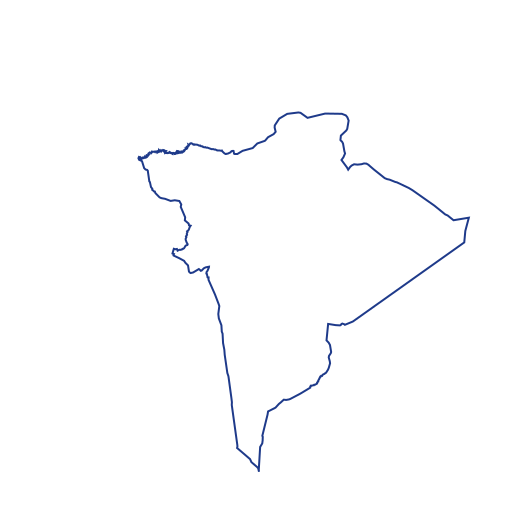 the district of Chipata, Eastern, Zambia, rotated 309°
{"feature_id": "96606910B12043083212801", "entity_name": "Chipata", "entity_type": "district", "adm_level": 2, "iso_a3": "ZMB", "parent_name": "Zambia", "parent_adm1": "Eastern", "projection": "albers", "projection_center": [32.554, -13.744], "detail": "fine", "context": "isolated", "style": "outline", "palette": "blue", "viewbox_px": 512, "rotation_deg": 309, "n_neighbors": 0, "source": "geoboundaries", "source_scale": "gbopen_adm2", "svg_char_len": 6109}
<svg xmlns="http://www.w3.org/2000/svg" viewBox="0 0 512 512"><g transform="rotate(309 256 256)"><path d="M266.0,372.5L397.6,409.3L407.2,402.9L419.7,397.3L408.1,387.0L408.1,379.4L407.4,376.9L407.4,362.9L405.6,336.2L405.0,331.9L401.9,319.1L401.2,317.7L399.4,311.8L398.2,309.4L397.5,307.0L397.4,293.0L397.6,286.4L397.7,286.2L397.3,283.7L395.9,281.7L393.7,280.2L390.9,277.4L389.0,274.5L386.5,273.4L384.5,273.1L381.1,273.3L382.1,270.9L384.4,262.0L387.7,261.8L391.7,260.7L393.0,258.8L398.2,252.8L399.0,250.9L399.1,249.0L399.3,248.6L403.0,246.2L410.4,247.2L412.2,246.9L419.5,242.8L421.3,239.7L421.8,237.3L420.5,233.2L410.2,220.1L395.8,209.1L395.3,200.5L394.2,198.6L386.1,190.8L377.4,187.6L369.3,188.4L367.5,189.7L364.9,193.1L361.8,193.0L355.9,190.6L351.6,190.5L350.9,190.3L344.3,186.2L337.8,185.5L329.3,179.4L323.5,177.3L321.9,175.3L321.7,174.6L323.5,172.4L323.2,171.9L322.1,171.0L320.4,170.9L317.7,169.6L317.2,169.0L316.5,168.6L316.1,168.1L315.9,166.7L316.0,165.3L316.1,164.2L316.5,163.1L315.9,162.8L315.1,161.3L314.1,160.1L313.9,159.6L313.6,159.4L313.2,157.4L312.6,156.8L312.1,155.4L311.1,154.3L309.6,149.9L309.2,149.6L308.8,148.9L308.7,148.1L308.2,147.8L307.4,146.4L307.6,145.5L306.7,144.2L306.8,143.2L306.7,143.0L306.4,143.0L306.0,142.4L305.6,140.5L304.6,138.9L304.4,138.8L304.0,138.2L303.6,138.0L303.7,137.7L303.4,137.6L303.1,136.9L303.3,136.5L303.1,135.8L303.1,135.1L302.8,134.6L301.9,134.3L301.9,134.1L300.9,134.1L300.8,133.8L300.5,133.7L300.3,134.1L299.8,134.2L299.8,133.7L299.5,134.1L298.9,133.9L298.5,134.1L298.2,133.9L298.3,133.7L297.2,133.4L296.9,133.8L297.1,133.9L296.9,134.1L296.7,134.0L296.8,134.2L296.5,134.4L296.8,134.6L296.2,134.8L295.3,134.5L294.7,133.9L294.0,133.9L293.2,133.6L293.1,134.1L292.1,134.2L291.8,134.1L292.0,133.6L291.4,133.6L291.6,133.4L291.0,133.2L290.3,132.2L289.7,132.6L289.7,133.1L289.4,133.0L289.2,132.6L289.4,132.4L289.1,131.9L288.7,132.1L288.5,131.5L288.4,131.7L288.0,131.5L288.2,131.2L287.8,131.2L287.3,130.9L287.6,130.7L287.4,130.6L287.7,130.2L288.1,130.4L288.4,130.2L288.6,129.7L287.9,128.5L287.4,128.6L287.4,128.8L287.2,129.0L286.9,128.9L287.0,129.5L286.5,129.7L286.3,129.3L286.0,129.5L285.9,129.3L286.3,128.8L286.0,128.8L286.0,129.1L285.5,128.9L285.5,129.1L284.7,128.7L284.5,129.0L284.3,128.8L284.2,128.7L284.5,128.5L284.6,127.8L284.5,127.6L284.1,127.7L283.9,127.4L284.2,127.4L284.1,127.1L283.8,127.2L283.7,126.9L283.4,127.0L283.0,126.8L283.3,126.3L283.1,125.7L282.9,125.6L282.7,125.9L282.6,125.2L282.4,125.2L282.2,124.7L282.4,124.5L282.3,124.2L282.5,123.8L282.5,123.4L282.0,123.3L282.0,123.7L281.7,123.7L280.5,122.8L280.6,122.5L280.3,122.4L280.2,122.1L279.6,121.6L279.2,120.7L278.7,120.5L278.9,120.2L279.6,120.5L279.6,120.2L280.1,120.3L280.3,120.1L280.8,120.0L280.5,119.7L280.5,118.8L280.4,118.6L279.8,118.4L280.2,118.0L279.9,117.7L280.1,117.4L279.9,117.0L279.3,117.0L279.2,117.4L278.8,116.3L278.0,116.4L278.2,116.0L277.7,115.7L277.8,115.1L277.4,115.2L277.2,114.5L276.9,114.5L277.0,114.1L276.4,114.5L276.6,114.7L276.4,115.4L275.8,115.0L275.9,114.6L275.6,114.4L275.6,114.2L275.2,114.3L275.2,114.6L274.9,114.5L274.9,114.2L274.6,114.3L274.2,114.2L274.4,113.9L275.2,113.4L274.5,113.1L274.6,112.8L274.0,112.2L273.2,112.2L273.2,111.3L272.5,110.8L271.7,109.5L271.2,109.9L269.8,109.8L270.0,109.3L269.7,108.3L268.0,107.9L267.4,109.0L267.0,108.9L266.8,108.6L266.5,108.8L266.1,108.7L265.9,108.8L265.5,107.5L265.2,107.5L264.7,107.7L264.8,107.9L264.7,108.1L263.9,107.7L263.8,107.9L264.1,108.1L264.0,108.8L262.9,108.4L262.7,108.0L262.8,107.6L262.5,107.8L262.0,107.4L261.8,107.1L262.0,106.9L261.8,106.5L261.3,106.9L260.9,106.4L261.0,106.1L260.1,105.8L260.0,106.1L259.6,105.8L259.7,105.4L259.4,105.6L259.3,105.3L259.1,105.4L259.1,105.7L258.9,105.6L258.5,105.7L258.3,105.4L258.1,105.4L258.0,105.0L258.1,104.7L258.8,104.8L258.8,104.4L259.6,103.3L259.4,102.7L258.0,103.1L257.2,104.6L257.9,107.2L257.9,107.8L253.9,113.8L253.7,115.8L254.4,117.2L254.2,118.2L246.8,126.2L246.7,127.0L243.5,131.0L243.0,133.1L242.3,133.5L242.0,134.0L242.2,135.0L242.0,136.3L242.4,136.9L241.7,137.9L241.5,138.8L240.9,144.0L241.1,145.1L241.6,146.4L243.2,149.3L245.1,155.0L248.2,157.8L250.5,161.8L249.0,165.5L246.8,166.6L241.5,176.6L238.9,178.3L238.8,183.2L237.7,184.6L238.4,186.1L236.7,186.3L234.2,187.2L233.0,187.2L231.8,186.9L231.5,187.7L230.1,188.0L229.5,188.4L229.1,189.1L227.2,189.2L226.9,190.0L225.1,190.5L224.3,191.2L222.8,193.7L222.3,195.2L221.8,195.7L221.3,195.7L220.4,195.1L219.6,194.8L216.9,195.2L215.9,195.0L215.4,194.4L214.3,194.3L214.1,194.0L213.2,193.4L212.6,192.5L210.8,191.7L211.7,190.1L210.5,189.1L209.9,187.6L205.4,189.5L205.9,191.0L204.7,191.3L204.5,191.6L206.0,197.8L207.0,203.2L206.3,205.3L205.9,209.1L201.8,213.6L201.5,214.6L201.6,215.9L203.6,217.5L209.9,219.8L209.9,221.7L209.7,222.3L210.4,222.9L213.6,223.2L214.6,223.6L215.7,224.2L218.1,226.2L217.5,226.6L214.0,227.6L212.4,227.7L211.1,228.5L211.2,229.0L211.0,229.3L209.8,230.7L209.6,231.2L208.9,231.8L208.9,232.2L209.4,232.7L207.6,234.1L200.2,248.5L195.1,257.3L194.0,259.0L187.2,263.2L184.1,266.4L180.4,272.7L175.7,277.0L174.6,278.9L167.6,285.2L163.2,290.4L159.5,293.9L147.0,307.4L145.3,310.1L144.4,311.1L130.1,326.3L127.2,329.3L125.0,330.9L97.3,360.5L96.2,361.5L94.9,362.1L94.4,379.2L92.9,382.2L92.7,389.6L92.4,391.3L90.2,394.1L91.6,392.7L110.2,379.4L114.3,378.8L116.9,377.2L119.8,375.0L120.2,374.1L140.0,364.8L142.8,363.2L150.4,366.6L155.5,366.9L157.8,367.4L161.8,368.0L163.1,370.0L165.3,371.9L166.5,372.6L177.0,377.1L187.8,381.0L188.7,380.3L189.3,380.4L189.5,380.3L189.6,380.6L190.1,380.6L191.0,381.5L191.9,382.0L192.0,382.3L192.7,382.3L193.1,382.9L195.2,383.7L195.9,383.5L196.1,383.2L196.4,383.3L197.3,383.0L197.7,383.3L198.6,382.7L200.0,382.6L200.2,382.4L201.1,382.3L201.5,382.1L201.9,382.2L202.5,381.9L202.7,382.2L203.8,382.0L204.1,382.4L204.5,382.5L204.6,382.8L205.5,382.6L206.5,382.8L207.4,383.4L208.1,383.4L208.4,383.6L209.4,383.9L213.0,383.5L215.0,382.9L219.2,381.1L220.7,379.5L222.9,376.4L224.3,375.6L227.5,375.3L228.7,374.8L233.4,369.5L234.4,367.0L234.8,363.9L248.6,354.8L252.4,361.4L254.9,364.9L255.6,365.3L256.9,365.2L257.8,365.6L258.6,367.9L258.5,368.4L266.0,372.5Z" fill="none" stroke="#1e3a8a" stroke-width="2"/></g></svg>